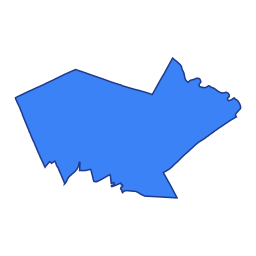 Branistea, Dâmbovita, Romania
{"feature_id": "2599482B85968573592334", "entity_name": "Branistea", "entity_type": "district", "adm_level": 2, "iso_a3": "ROU", "parent_name": "Romania", "parent_adm1": "Dâmbovita", "projection": "albers", "projection_center": [25.57, 44.682], "detail": "fine", "context": "isolated", "style": "filled", "palette": "blue", "viewbox_px": 256, "rotation_deg": 0, "n_neighbors": 0, "source": "geoboundaries", "source_scale": "gbopen_adm2", "svg_char_len": 5540}
<svg xmlns="http://www.w3.org/2000/svg" viewBox="0 0 256 256"><path d="M177.0,197.9L176.9,197.5L176.8,197.4L175.2,194.3L174.0,192.0L172.4,189.0L171.0,186.3L170.7,185.7L169.9,184.3L168.3,181.5L166.8,178.8L165.0,175.5L164.6,174.9L163.3,172.6L164.8,171.7L166.4,170.9L166.6,170.6L166.9,170.5L167.4,170.3L168.6,169.5L169.4,169.0L169.9,168.6L170.0,168.5L171.8,167.0L174.1,164.7L178.1,161.1L179.8,159.3L180.6,158.6L180.7,158.4L183.4,155.8L184.3,154.9L185.5,153.9L187.9,151.8L188.5,151.4L188.9,150.9L190.9,149.0L191.1,148.9L192.9,147.2L194.5,145.7L196.2,144.2L198.0,142.7L198.7,142.1L199.4,141.7L201.8,140.3L201.9,140.2L204.7,138.4L207.0,136.6L207.9,136.1L210.2,134.2L211.6,133.3L212.4,132.8L213.4,132.1L213.5,131.8L216.9,129.5L218.4,128.4L220.7,126.9L222.5,125.7L226.4,123.0L229.6,120.9L232.3,119.2L233.2,118.7L235.8,117.1L236.4,116.9L236.1,116.5L235.6,115.5L235.5,114.5L236.1,113.4L238.3,111.0L239.2,109.9L240.1,109.0L240.5,108.5L240.6,107.8L240.6,107.3L240.4,105.9L239.7,103.9L238.9,102.5L237.9,100.9L236.7,99.9L235.0,98.9L234.5,98.0L233.7,98.0L232.2,99.2L229.7,100.5L228.4,100.6L227.9,99.7L227.4,98.5L227.8,97.8L228.9,97.0L229.4,96.1L229.2,94.8L228.4,93.6L227.1,92.6L226.2,92.3L225.4,92.4L224.2,92.8L222.6,92.9L221.2,92.8L220.4,92.5L219.1,91.8L218.0,91.3L216.8,90.4L215.7,89.4L214.4,88.6L212.8,87.7L211.9,87.6L211.1,87.1L210.1,86.4L209.0,85.8L208.5,85.8L207.5,86.5L206.3,87.2L205.4,87.6L203.9,87.6L202.0,87.2L200.5,87.0L199.5,86.4L199.1,85.4L199.1,84.4L199.5,83.7L200.8,82.2L200.7,81.1L200.3,80.0L199.9,79.2L199.3,78.6L198.4,78.3L197.4,78.2L196.0,78.4L195.2,78.8L194.6,79.1L194.3,79.4L194.0,79.6L193.7,79.6L193.3,79.5L193.1,79.5L192.7,79.7L192.3,79.8L191.7,80.0L190.8,80.1L190.5,80.2L187.8,82.3L186.6,81.0L185.4,79.6L184.9,78.0L184.4,75.6L184.0,73.5L183.3,71.6L182.3,69.9L181.8,68.2L181.4,66.4L180.3,64.8L179.1,63.6L176.8,61.5L174.6,59.8L172.6,58.1L169.6,63.6L167.1,68.1L165.2,71.7L163.4,74.9L162.1,76.9L153.0,93.2L152.1,94.6L151.8,94.5L151.2,94.2L150.5,93.9L149.0,93.4L146.7,92.7L145.6,92.3L144.9,92.1L142.3,91.4L140.0,90.7L139.2,90.5L138.3,90.3L137.4,90.0L135.1,89.5L134.8,89.4L130.6,88.2L128.8,87.7L125.2,86.6L123.4,86.1L121.7,85.5L121.5,85.2L119.4,84.6L110.9,81.9L101.4,78.4L101.2,78.4L92.0,75.2L85.0,72.7L81.5,71.5L75.4,69.5L74.8,69.8L74.7,69.9L69.7,72.1L64.5,74.4L52.8,80.2L46.7,83.0L44.9,83.9L44.4,84.3L41.6,85.5L39.2,86.6L36.8,87.6L36.2,87.9L31.5,90.1L30.1,90.7L28.1,91.6L25.0,93.1L24.3,93.4L20.0,95.5L18.7,96.1L15.6,97.7L15.4,97.9L15.6,98.6L15.8,99.2L16.1,99.8L16.9,101.7L18.0,104.0L19.3,106.7L20.0,108.3L20.8,110.5L21.0,110.8L21.4,111.8L21.6,112.2L21.8,112.5L21.9,112.9L21.9,113.0L22.3,113.8L22.3,114.1L22.4,114.4L22.4,114.5L22.4,114.8L22.5,114.9L23.0,116.1L23.1,116.3L24.1,118.8L24.3,119.3L24.7,120.2L24.8,120.5L25.2,121.6L25.4,121.9L25.5,122.2L25.5,122.3L25.6,122.5L25.8,122.9L26.0,123.4L26.1,123.7L26.5,124.7L26.7,125.1L27.1,126.1L27.6,127.6L28.1,128.5L28.4,129.2L28.5,129.5L28.7,129.8L28.9,130.6L29.1,131.3L29.3,131.8L29.7,132.5L29.9,132.8L30.1,133.1L30.2,133.4L30.5,134.5L30.7,134.8L31.0,135.8L31.5,136.9L31.6,137.1L32.5,139.2L33.1,140.6L33.6,141.4L34.4,143.3L35.3,145.5L35.4,145.8L35.9,147.0L36.1,147.3L36.2,147.6L36.3,147.8L36.6,148.5L36.8,149.0L36.9,149.5L37.0,149.6L37.1,149.8L37.8,151.4L38.4,152.8L39.2,154.5L40.0,156.3L40.0,156.5L40.4,157.5L40.9,158.3L41.3,159.4L41.7,160.0L41.8,160.3L42.1,160.9L42.5,161.8L43.5,164.0L44.7,166.5L45.0,167.2L45.7,166.2L45.9,166.0L46.7,165.0L47.2,164.5L47.6,164.0L47.7,163.9L48.0,163.5L48.3,163.2L49.6,161.6L49.9,161.8L49.8,162.0L50.4,162.1L51.5,163.3L53.3,162.2L54.4,161.2L54.8,161.1L55.5,162.4L55.9,163.4L56.4,165.0L56.6,165.5L57.1,166.4L57.8,167.6L58.2,167.9L58.6,169.0L58.9,170.0L59.4,170.9L59.7,171.9L60.1,172.6L60.4,173.2L60.6,173.8L60.8,174.2L61.1,174.8L61.4,175.6L61.6,176.0L61.7,176.3L62.0,176.9L62.2,177.5L62.3,177.9L62.4,178.3L62.8,178.9L63.0,179.3L63.2,179.9L63.4,180.3L63.6,180.7L63.7,181.0L63.8,181.3L64.0,181.9L64.3,182.5L64.5,183.0L64.6,183.5L64.5,184.0L64.6,183.9L65.7,182.7L66.7,180.9L67.6,178.8L69.0,176.8L71.0,175.0L71.6,174.5L72.1,174.0L72.7,173.4L73.4,172.9L73.9,172.4L74.2,172.2L74.6,171.8L75.0,171.4L75.4,171.1L75.7,170.7L76.2,170.1L76.7,169.5L77.0,168.9L77.2,168.6L77.5,168.1L77.9,167.3L78.2,166.7L78.5,165.9L78.7,165.1L79.0,164.3L79.1,163.6L79.3,162.3L79.6,162.3L80.0,162.6L79.9,164.9L79.7,167.0L79.7,168.3L79.6,170.5L83.3,170.6L85.2,170.6L90.6,169.3L91.2,171.0L92.0,174.1L93.0,178.3L93.2,179.5L93.9,181.4L95.1,181.7L95.8,181.7L96.6,181.4L96.9,181.7L102.5,178.8L102.7,178.7L103.9,178.0L104.7,177.5L106.1,176.7L107.2,176.1L107.9,175.7L108.3,175.5L108.4,175.4L108.8,175.2L109.2,175.1L109.7,174.9L110.0,174.7L110.1,175.0L110.3,175.6L110.4,175.9L110.5,176.5L110.5,177.0L110.6,177.6L110.7,178.4L110.7,179.1L110.9,179.8L110.9,180.5L111.0,180.9L111.2,181.2L111.0,181.3L111.1,182.0L111.1,182.5L111.2,183.0L111.2,183.5L111.4,183.5L113.8,182.6L114.0,183.6L114.0,184.2L114.2,184.5L111.4,185.6L111.5,186.3L111.6,186.6L111.9,186.6L113.2,186.2L114.6,185.7L116.4,185.0L119.1,183.8L119.9,183.5L120.8,183.1L121.4,185.0L121.6,184.9L121.9,184.7L122.0,184.7L122.2,184.8L122.5,185.1L122.7,185.4L122.9,185.7L122.9,185.9L122.8,186.1L122.7,186.3L122.5,186.6L122.0,186.8L121.6,186.9L121.4,187.0L121.1,187.4L120.7,187.9L120.7,188.8L121.0,189.5L121.6,189.9L121.8,190.2L122.0,190.9L121.9,191.4L122.2,192.0L122.5,192.6L124.3,191.0L126.8,190.6L133.1,191.2L136.0,191.4L140.0,193.7L140.1,193.9L142.8,195.2L144.6,196.0L145.7,196.2L150.5,196.4L154.0,196.6L158.4,196.8L161.7,197.0L165.9,197.3L170.0,197.5L174.7,197.8L176.9,197.9L177.0,197.9Z" fill="#3b82f6" stroke="#1e3a8a" stroke-width="1.5"/></svg>